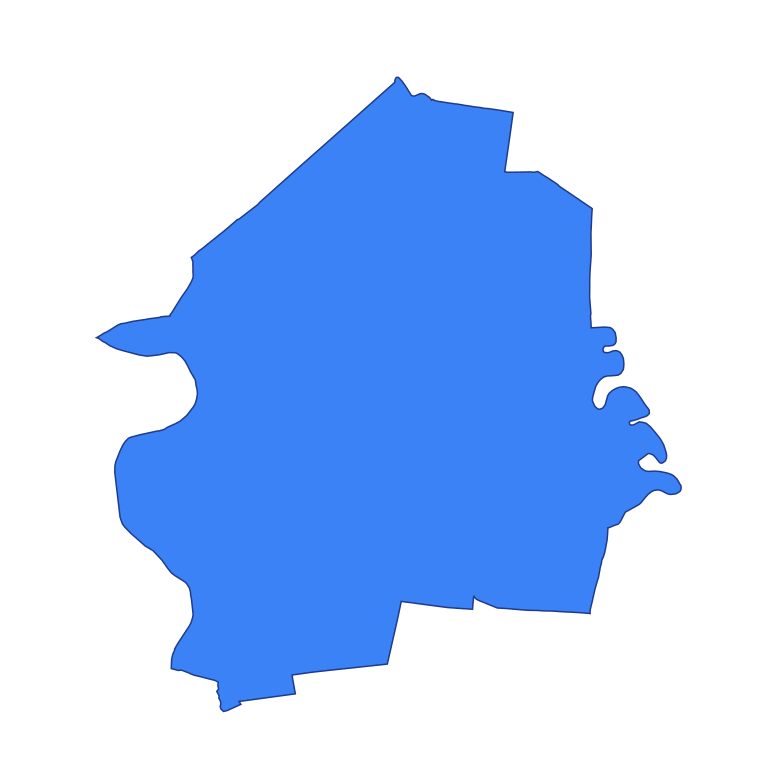 Cilibia, Buzau, Romania, rotated 262°
{"feature_id": "2599482B67020299578816", "entity_name": "Cilibia", "entity_type": "district", "adm_level": 2, "iso_a3": "ROU", "parent_name": "Romania", "parent_adm1": "Buzau", "projection": "equal_earth", "projection_center": [27.05, 45.044], "detail": "fine", "context": "isolated", "style": "filled", "palette": "blue", "viewbox_px": 768, "rotation_deg": 262, "n_neighbors": 0, "source": "geoboundaries", "source_scale": "gbopen_adm2", "svg_char_len": 5944}
<svg xmlns="http://www.w3.org/2000/svg" viewBox="0 0 768 768"><g transform="rotate(262 384 384)"><path d="M634.9,549.7L637.5,541.5L640.0,533.3L642.4,525.0L642.9,522.3L643.3,520.9L644.5,517.5L645.6,513.1L647.9,505.6L648.7,502.7L649.5,500.3L650.6,496.9L651.3,494.5L651.5,493.2L652.2,491.1L652.8,488.9L654.4,483.5L655.4,480.4L655.6,479.6L656.1,477.8L656.7,476.0L657.1,475.0L657.8,473.6L658.5,472.6L659.0,472.1L658.4,470.7L661.3,469.1L665.2,464.9L665.9,463.6L666.3,462.3L666.5,461.0L666.4,460.2L665.7,457.4L665.2,455.8L664.9,454.0L665.2,452.7L665.7,451.7L666.7,450.9L668.8,450.0L675.6,447.0L680.9,444.3L685.5,441.1L685.7,440.7L685.9,439.8L685.8,438.9L685.2,438.2L683.5,437.1L681.2,436.6L623.5,349.7L612.7,333.3L581.2,286.2L579.3,284.1L570.2,268.1L567.4,263.2L567.3,261.8L561.2,252.4L559.9,250.3L558.5,248.1L556.8,245.4L554.9,242.0L549.6,233.2L546.8,228.4L545.3,226.0L543.8,223.5L542.5,221.1L541.6,219.2L538.4,214.9L537.0,212.5L536.2,210.8L535.2,211.0L531.7,211.8L530.7,211.8L530.2,211.5L529.5,211.4L527.3,211.2L525.6,211.0L521.4,210.4L518.4,210.2L516.7,209.9L515.5,209.5L511.7,207.2L509.6,205.6L505.4,202.3L502.1,199.2L500.2,197.4L499.1,196.3L497.8,195.2L496.4,194.0L493.1,191.2L489.5,188.2L486.3,185.6L483.8,183.4L482.3,181.8L481.2,181.7L481.2,178.3L481.3,177.9L481.5,176.2L481.5,172.0L481.2,171.1L481.2,168.8L481.2,165.8L481.3,161.8L481.1,156.7L481.1,154.5L481.1,150.1L481.0,147.3L481.0,144.5L481.0,143.4L480.8,142.3L480.7,140.9L480.5,138.1L480.2,135.4L480.3,134.2L480.2,131.5L479.8,130.1L479.4,128.6L478.0,125.4L476.9,123.1L474.4,117.3L473.6,114.8L473.1,113.1L472.3,111.6L470.5,107.5L469.9,105.8L468.8,107.9L465.4,111.3L463.6,113.9L460.1,117.8L456.1,124.1L453.4,130.0L446.9,145.4L444.6,152.9L444.3,158.2L444.2,165.8L445.0,175.6L444.0,181.7L442.8,183.7L439.0,187.3L434.7,190.0L429.2,192.2L423.1,194.1L414.3,197.7L408.7,197.7L405.0,198.1L400.3,197.9L395.4,196.4L391.0,194.4L387.8,192.0L380.3,184.3L375.6,177.0L373.8,172.2L371.4,163.9L369.7,160.2L368.8,154.8L369.0,153.0L367.7,135.4L366.5,125.4L365.7,123.2L363.1,119.8L359.8,116.8L354.3,113.2L344.3,107.5L340.5,106.2L333.9,105.1L288.7,104.1L282.1,105.4L278.5,107.3L271.1,112.7L256.7,125.1L251.1,132.1L240.3,139.7L231.0,144.5L226.6,147.1L223.5,150.1L215.8,159.2L213.8,160.8L208.8,163.0L204.7,163.4L201.7,163.2L197.4,163.4L182.3,162.9L179.2,161.9L174.5,159.7L171.7,157.7L156.2,144.1L150.9,139.9L149.2,139.4L145.8,137.2L141.0,135.4L133.9,134.1L131.8,133.7L128.9,140.7L128.9,143.4L128.3,144.6L126.7,147.5L125.4,150.0L123.8,152.3L121.8,156.0L121.1,158.1L119.1,163.0L117.0,168.0L114.0,175.4L111.8,178.3L108.4,177.5L105.7,177.8L104.5,177.3L102.9,175.6L98.1,177.3L96.0,176.7L92.5,177.9L90.0,177.9L87.3,176.9L84.8,177.3L82.1,179.4L82.4,183.1L86.7,197.7L89.8,196.3L89.5,253.1L104.8,252.5L108.6,252.5L108.6,272.0L108.1,290.2L107.2,316.3L106.2,348.3L128.3,356.7L140.9,361.5L151.8,365.6L165.2,370.4L166.3,370.8L153.8,415.8L150.8,429.8L148.7,440.0L148.6,440.3L160.7,443.1L161.2,443.6L160.8,443.7L158.5,445.1L156.7,447.3L146.4,465.1L145.2,471.1L144.3,475.4L144.0,476.8L142.9,481.5L142.0,485.5L141.0,489.9L139.9,495.0L138.6,503.1L138.4,504.3L137.0,511.0L136.9,511.8L135.9,518.3L134.0,527.2L133.9,527.9L133.4,530.2L133.1,531.8L132.9,532.6L132.8,533.2L132.7,534.1L132.3,536.1L132.0,537.7L131.8,538.8L130.9,543.1L130.3,546.2L130.1,547.0L129.8,548.4L128.8,552.8L128.5,554.4L128.2,555.5L128.0,556.2L128.4,556.2L129.6,556.3L132.0,556.9L133.3,557.4L136.4,558.6L139.8,560.0L142.9,561.1L152.0,564.6L160.5,568.4L162.4,569.4L168.3,571.3L169.2,571.7L171.5,572.3L175.9,574.2L176.5,574.4L178.7,575.0L181.3,576.3L181.4,576.7L186.1,579.0L189.7,580.3L197.2,582.8L198.8,583.3L204.3,584.5L209.2,585.5L210.5,585.7L210.4,586.5L210.5,587.1L212.2,593.5L212.5,596.1L214.5,598.7L223.5,605.1L227.9,616.5L229.2,619.8L230.7,622.1L233.5,625.0L237.8,629.9L240.1,633.7L241.0,636.6L241.0,640.9L239.7,643.9L236.0,649.1L235.0,651.3L234.7,652.8L234.6,657.4L235.5,660.3L236.8,662.5L238.2,663.4L240.6,663.9L242.4,663.8L244.0,662.9L245.8,662.3L248.9,661.0L252.7,658.1L254.3,656.2L256.1,652.8L257.3,649.7L259.0,644.8L260.1,639.8L260.6,633.9L261.6,630.7L263.1,628.8L265.4,626.5L269.6,624.9L272.7,625.5L278.3,635.9L278.1,637.5L276.3,640.6L273.8,642.5L267.8,646.0L266.9,647.7L267.4,649.7L268.9,652.0L271.1,653.3L273.6,653.9L276.6,653.9L284.9,652.5L289.2,650.8L291.6,649.8L297.7,646.2L304.5,641.9L308.6,638.2L310.1,634.7L311.0,631.4L309.5,627.6L308.7,624.8L309.1,622.3L310.3,621.6L312.0,621.7L313.0,622.7L313.0,624.8L313.5,628.3L313.7,630.0L314.6,633.4L315.2,637.6L316.0,640.3L317.8,642.6L321.2,643.0L323.1,642.1L325.3,640.7L328.4,639.1L333.4,636.8L337.3,634.8L341.1,632.6L344.0,629.7L345.6,627.6L347.4,623.2L348.0,620.7L348.0,616.6L347.3,613.0L345.7,609.1L343.4,605.6L341.1,603.8L337.4,602.2L332.8,600.2L329.8,597.4L328.9,594.1L329.7,592.2L332.0,590.0L334.1,589.2L337.4,588.3L339.1,588.1L342.4,589.0L351.9,593.2L353.4,594.2L356.9,597.3L358.5,599.3L360.4,602.8L360.9,606.5L360.5,610.0L360.3,613.5L360.2,617.0L361.5,620.0L365.0,623.0L367.8,623.8L370.9,624.4L376.2,624.6L379.7,623.6L382.5,622.2L384.0,620.2L384.7,618.5L384.9,615.2L384.0,611.8L383.8,610.0L384.5,606.8L385.9,605.7L388.4,605.7L389.3,606.5L390.7,607.6L390.7,609.4L390.3,612.0L390.4,616.0L391.3,618.0L393.3,619.6L397.5,620.3L402.7,620.1L406.1,618.3L408.2,616.2L408.6,615.0L409.2,612.5L409.7,610.2L410.4,601.9L410.8,597.1L413.2,597.2L417.4,597.6L419.6,597.7L422.9,598.0L425.0,598.7L441.4,599.7L446.5,600.5L459.0,602.3L464.1,603.2L470.6,604.5L481.4,606.8L482.2,607.0L487.8,607.8L489.3,607.9L492.0,608.3L497.5,609.0L502.8,609.7L505.1,610.0L510.2,611.0L520.5,612.9L525.0,613.8L528.6,614.6L529.3,614.0L531.9,611.1L553.8,586.9L555.0,585.6L555.8,584.8L556.7,584.3L557.3,583.8L558.0,583.1L561.1,579.7L561.7,578.9L564.0,576.4L565.3,574.9L566.6,573.3L567.3,572.4L569.2,570.2L569.9,569.4L571.5,567.6L572.2,566.8L573.0,565.7L572.8,562.0L573.6,558.8L575.2,545.7L575.3,544.9L576.5,535.7L577.4,533.1L612.9,543.4L619.5,545.3L631.5,548.7L634.9,549.7Z" fill="#3b82f6" stroke="#1e3a8a" stroke-width="1.5"/></g></svg>